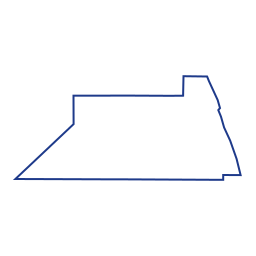 Martin, Florida, United States of America (Natural Earth projection)
{"feature_id": "52423323B2908823577252", "entity_name": "Martin", "entity_type": "district", "adm_level": 2, "iso_a3": "USA", "parent_name": "United States of America", "parent_adm1": "Florida", "projection": "natural_earth1", "projection_center": [-80.305, 27.11], "detail": "fine", "context": "isolated", "style": "outline", "palette": "blue", "viewbox_px": 256, "rotation_deg": 0, "n_neighbors": 0, "source": "geoboundaries", "source_scale": "gbopen_adm2", "svg_char_len": 403}
<svg xmlns="http://www.w3.org/2000/svg" viewBox="0 0 256 256"><path d="M73.5,95.7L73.6,124.1L15.4,179.0L100.7,179.3L114.7,179.3L216.0,179.8L223.2,179.8L223.2,175.0L240.6,175.1L236.6,158.9L230.2,140.7L224.1,127.5L221.0,116.7L218.3,110.1L218.6,109.7L220.0,108.1L217.7,100.1L208.9,81.0L207.1,76.5L183.5,76.2L183.1,95.7L170.1,95.8L128.4,95.6L73.5,95.7Z" fill="none" stroke="#1e3a8a" stroke-width="2"/></svg>